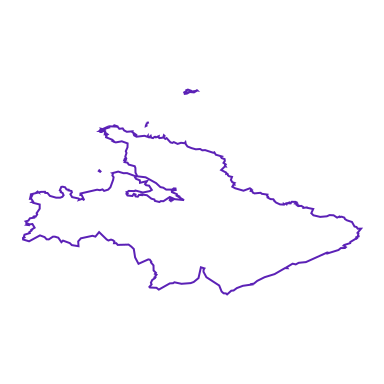 outline of Carndonagh Lea-4, Donegal, Ireland
{"feature_id": "5873133B51648159491846", "entity_name": "Carndonagh Lea-4", "entity_type": "district", "adm_level": 2, "iso_a3": "IRL", "parent_name": "Ireland", "parent_adm1": "Donegal", "projection": "natural_earth1", "projection_center": [-7.257, 55.295], "detail": "fine", "context": "isolated", "style": "outline", "palette": "violet", "viewbox_px": 384, "rotation_deg": 0, "n_neighbors": 0, "source": "geoboundaries", "source_scale": "gbopen_adm2", "svg_char_len": 6018}
<svg xmlns="http://www.w3.org/2000/svg" viewBox="0 0 384 384"><path d="M23.1,239.5L29.1,241.3L40.0,235.4L44.6,237.1L46.6,239.3L48.8,239.4L52.9,236.7L55.0,236.7L58.3,237.7L61.4,242.2L63.0,240.6L69.8,243.1L71.8,245.1L78.5,246.2L78.2,241.4L80.9,238.3L92.5,235.8L95.4,236.6L99.1,232.1L106.7,239.5L108.4,240.5L111.0,239.6L112.8,240.2L114.4,241.4L114.0,243.2L116.3,243.2L117.7,244.9L128.6,244.6L131.3,246.6L133.8,249.0L135.1,257.4L138.5,263.8L148.3,259.4L149.8,259.7L151.3,261.7L151.0,262.5L153.5,265.4L153.6,270.5L155.9,272.8L155.0,273.9L156.5,274.7L155.3,276.2L155.5,277.2L154.5,277.5L154.8,278.2L152.2,280.0L150.9,282.8L151.6,284.4L149.4,286.9L149.9,287.5L156.5,287.8L158.8,289.6L169.8,283.4L173.1,283.2L174.4,282.3L181.5,283.8L190.7,283.1L193.7,282.0L198.5,278.1L200.9,267.3L204.4,268.4L203.6,269.7L203.5,271.8L206.4,277.2L219.2,285.5L221.6,291.5L223.6,293.3L225.9,293.4L227.1,294.4L231.3,290.7L233.6,290.5L236.8,288.1L242.9,285.8L252.0,284.5L251.6,284.0L253.9,283.6L257.2,280.9L264.6,277.2L274.6,274.1L285.0,268.1L287.4,268.2L286.7,267.2L292.6,263.7L295.5,264.3L295.2,264.7L298.7,262.8L305.9,262.1L327.2,252.5L328.1,252.7L326.3,253.8L338.5,250.0L340.8,248.1L344.9,248.0L345.8,247.2L344.6,246.5L344.8,245.5L343.8,245.4L344.2,245.0L350.2,243.1L350.3,242.0L355.5,238.9L354.9,238.2L356.3,238.8L357.2,238.0L356.6,237.1L359.4,236.1L357.8,236.0L358.4,233.5L357.5,232.9L361.0,228.7L357.7,228.7L356.5,227.0L354.5,226.5L352.0,222.0L346.9,220.3L345.0,219.1L344.3,217.6L341.6,216.7L340.0,217.1L339.6,216.5L337.1,217.6L333.6,215.3L329.5,215.1L326.9,216.3L320.2,216.9L313.4,215.3L311.3,213.2L313.2,209.0L306.6,207.7L307.5,207.5L307.0,207.4L303.3,207.9L303.2,207.0L301.3,205.9L298.2,206.1L297.5,205.6L297.9,205.1L296.7,204.7L297.1,204.0L295.3,203.6L296.6,202.4L295.6,201.9L291.8,201.8L290.7,203.2L289.6,202.4L288.8,202.7L289.3,203.3L287.2,203.2L286.7,204.2L286.0,203.4L284.4,204.4L283.6,203.8L283.5,204.6L280.0,204.4L276.1,202.6L274.7,201.3L275.6,200.9L274.7,201.2L273.4,199.3L270.5,199.1L267.6,197.5L268.0,196.7L267.0,195.7L267.4,194.6L261.8,193.8L260.6,192.8L254.5,193.4L252.8,192.6L252.3,191.2L251.0,191.0L251.5,190.3L250.9,190.3L251.2,189.2L249.9,188.3L243.5,190.7L235.2,188.3L232.3,186.7L233.4,184.8L234.4,184.7L233.8,183.8L234.6,183.0L232.2,182.1L230.9,179.9L232.0,176.9L229.0,176.2L227.9,175.3L227.8,174.1L228.3,174.2L226.9,173.7L226.2,173.9L226.2,172.6L221.2,170.0L224.9,166.4L225.7,166.5L225.0,165.2L225.7,164.4L223.5,162.9L224.8,161.0L224.6,159.1L221.7,158.1L220.9,156.9L221.7,156.4L215.8,154.7L214.3,152.3L213.4,152.8L205.1,150.1L202.3,150.3L200.1,149.0L195.8,149.3L191.5,148.1L187.5,146.5L185.8,144.2L185.4,142.2L184.6,143.2L181.0,142.8L177.6,143.9L173.8,142.1L172.4,142.9L170.5,142.4L166.6,138.1L165.3,138.9L163.7,137.5L159.4,138.1L158.5,137.4L158.7,136.2L155.9,137.4L155.4,137.1L155.9,136.8L154.5,136.9L153.0,138.1L151.1,137.6L150.7,135.9L149.1,137.4L147.8,136.8L147.8,135.9L147.2,136.7L144.5,135.8L136.5,136.7L135.4,136.1L135.8,135.6L134.1,135.3L133.8,134.4L135.2,134.1L132.3,132.1L132.5,131.3L126.8,131.8L124.1,130.4L122.7,128.4L119.3,128.8L117.9,127.0L116.5,126.6L109.3,126.3L108.8,127.4L107.9,127.3L108.5,127.7L105.6,128.6L106.2,127.5L103.5,128.7L104.3,129.6L100.3,130.4L99.4,131.0L101.6,131.0L99.5,132.0L101.7,132.0L103.2,131.0L105.2,131.5L104.8,133.9L106.2,133.3L107.6,134.4L105.8,135.4L106.3,136.5L105.5,136.6L106.3,136.7L106.1,137.3L112.4,139.8L113.5,140.9L112.8,141.2L114.0,141.9L115.8,142.4L121.8,141.3L127.6,143.4L127.5,147.3L125.8,151.2L126.5,153.0L125.3,156.6L126.3,158.6L124.6,162.1L127.5,162.7L128.7,164.6L134.7,166.2L135.4,168.0L135.5,172.6L137.3,176.3L145.6,177.3L156.1,183.1L160.4,187.1L163.3,187.7L166.2,189.6L172.3,189.6L173.7,188.4L175.5,188.5L175.7,190.0L171.8,190.7L171.9,192.1L176.9,194.2L177.0,195.2L178.3,195.9L177.3,196.1L184.0,200.1L174.1,199.1L172.0,200.5L171.2,200.1L170.8,201.0L169.7,200.1L170.4,198.7L172.6,198.2L169.8,197.0L163.4,201.2L160.8,201.1L159.4,202.0L154.9,200.9L154.4,199.5L151.4,198.7L146.9,195.2L141.6,194.5L141.8,195.1L139.0,194.9L137.8,196.7L135.6,196.4L135.0,195.1L135.4,194.5L133.8,193.9L132.4,196.0L127.5,195.5L126.5,194.0L127.6,193.5L126.6,192.1L128.7,191.3L127.9,190.9L134.7,191.1L135.3,190.5L142.9,192.5L149.8,191.1L151.8,189.9L149.1,185.7L146.1,185.2L145.0,184.1L147.0,181.1L140.0,182.8L139.8,180.3L136.1,178.9L135.1,177.5L136.1,176.7L135.1,176.1L127.0,173.1L123.5,173.2L118.2,171.6L112.5,173.1L113.0,173.4L112.4,175.5L113.6,177.2L113.1,179.9L110.4,187.3L108.2,189.6L104.1,190.9L102.5,189.4L99.9,190.2L97.1,189.7L80.5,193.5L80.4,195.0L81.6,194.9L84.2,200.2L82.3,198.8L79.0,199.9L79.4,199.2L78.5,198.5L72.1,197.1L70.4,194.2L71.9,192.3L71.5,191.0L68.5,190.4L68.6,189.7L66.5,189.4L65.1,187.3L62.7,186.7L61.3,186.9L59.8,190.4L61.0,191.3L60.8,192.2L62.6,193.0L63.6,195.2L62.4,196.8L60.2,197.7L56.2,197.7L49.9,195.9L47.5,193.0L45.2,192.9L45.0,191.8L40.9,191.9L30.9,194.3L30.9,195.3L32.4,195.0L31.0,197.8L30.4,197.1L30.0,198.8L31.2,198.7L33.1,201.6L32.5,202.0L33.3,202.0L32.5,202.2L33.1,202.8L39.7,204.5L39.7,208.7L36.6,213.2L37.2,214.4L35.6,216.7L34.3,216.3L33.6,216.6L34.0,217.7L29.9,218.3L28.4,220.6L25.7,221.4L26.5,222.2L26.3,223.0L27.8,223.6L26.4,224.8L28.9,225.1L28.9,224.5L32.4,224.0L34.6,227.7L31.3,229.8L31.6,230.5L29.3,232.2L29.7,233.1L24.5,234.7L23.9,236.6L24.5,237.4L23.0,238.0L23.1,239.5ZM184.6,93.3L187.3,92.4L186.1,93.7L186.9,93.6L189.8,92.0L194.0,92.4L196.7,90.8L189.0,91.9L190.4,90.5L187.9,89.6L185.5,90.5L187.5,90.4L184.2,92.4L184.6,93.3ZM112.8,126.0L116.4,126.4L116.7,126.1L114.6,125.4L114.6,126.1L112.8,126.0ZM100.5,171.4L99.3,170.3L98.8,171.0L100.1,171.8L100.5,171.4ZM147.3,125.3L145.9,125.4L145.8,126.1L147.3,125.3ZM163.9,135.3L163.5,136.6L164.5,135.9L163.9,135.3ZM99.9,129.6L102.3,129.7L99.6,129.4L99.9,129.6ZM37.6,191.6L37.2,191.9L38.1,192.3L37.6,191.6ZM146.6,123.7L147.6,123.9L145.7,123.6L146.6,123.7ZM148.8,122.4L147.6,122.6L147.6,122.9L148.8,122.4ZM102.1,129.0L102.7,129.6L103.3,129.3L102.1,129.0ZM124.6,159.2L124.3,160.0L125.3,159.8L124.6,159.2ZM197.1,90.3L195.9,90.3L197.3,90.5L197.1,90.3Z" fill="none" stroke="#5b21b6" stroke-width="2"/></svg>